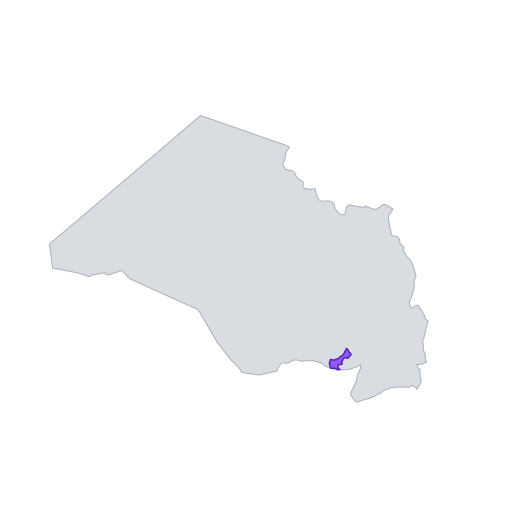 Mayo-Lemié, Mayo-Kebbi Est, Chad shown in context, rotated 290°
{"feature_id": "50815135B13713715101650", "entity_name": "Mayo-Lemié", "entity_type": "district", "adm_level": 2, "iso_a3": "TCD", "parent_name": "Chad", "parent_adm1": "Mayo-Kebbi Est", "projection": "robinson", "projection_center": [15.282, 10.859], "detail": "fine", "context": "in_parent", "style": "filled", "palette": "violet", "viewbox_px": 512, "rotation_deg": 290, "n_neighbors": 0, "source": "geoboundaries", "source_scale": "gbopen_adm2", "svg_char_len": 4888}
<svg xmlns="http://www.w3.org/2000/svg" viewBox="0 0 512 512"><g transform="rotate(290 256 256)"><path d="M369.0,155.8L369.2,166.9L369.3,178.0L369.5,189.0L369.6,200.1L369.8,211.2L369.9,222.2L370.0,233.3L370.2,244.4L370.2,248.1L370.0,249.5L369.8,249.7L369.4,250.0L364.3,248.9L362.0,248.9L358.9,249.7L354.2,250.1L351.2,250.0L349.1,251.9L347.5,254.2L348.4,259.7L348.2,261.5L347.6,263.4L346.2,265.0L344.8,266.3L344.0,267.5L342.9,269.9L342.2,271.1L342.3,272.7L342.0,274.3L341.2,275.2L339.0,275.8L337.6,276.5L336.5,277.7L335.8,278.6L336.2,279.7L336.7,281.3L337.1,283.7L337.3,285.2L338.4,286.4L339.0,287.2L339.2,288.2L338.6,289.1L336.0,290.9L334.9,291.5L333.7,292.4L333.3,292.8L331.3,294.5L330.4,296.0L329.9,297.2L329.9,298.9L330.9,301.5L332.0,303.7L332.5,305.4L332.7,307.2L332.6,308.9L332.1,310.4L331.1,311.7L327.5,314.3L325.7,317.0L324.3,320.4L324.0,322.3L324.4,323.5L325.1,324.5L326.2,325.0L327.8,325.2L330.4,324.6L332.8,324.3L335.4,325.5L336.8,328.3L336.3,330.4L337.3,334.1L338.2,338.7L338.2,340.2L338.5,340.8L340.2,341.1L340.5,342.1L340.1,350.1L340.8,352.3L341.9,353.9L343.2,354.7L344.4,355.8L345.0,356.5L346.5,356.7L348.1,358.1L348.5,360.1L348.4,361.9L347.5,366.0L346.8,368.7L345.9,368.5L344.0,367.8L341.6,367.3L338.8,366.8L336.1,367.9L333.2,369.3L332.3,370.4L331.5,371.0L330.2,370.9L329.0,371.1L328.4,372.1L327.3,373.2L323.1,375.6L322.2,376.4L321.7,377.2L321.7,378.2L322.2,380.1L322.2,382.4L321.2,384.3L320.2,385.6L318.9,386.1L317.9,386.4L317.2,387.1L315.0,391.5L314.1,392.3L312.1,392.1L306.6,398.6L306.1,400.5L304.0,403.2L301.5,406.3L299.2,407.7L299.0,408.3L298.4,408.8L297.0,409.5L292.1,413.2L286.2,413.0L283.6,414.5L281.1,415.1L277.4,415.8L276.3,415.7L271.5,416.0L266.0,415.9L263.8,416.4L261.8,417.8L260.4,419.1L260.1,419.5L260.4,420.0L260.3,420.4L264.2,423.4L265.2,424.9L264.2,426.3L263.7,426.5L263.1,427.7L260.8,431.1L257.3,435.1L255.5,436.2L254.8,437.0L253.9,439.6L253.3,440.0L250.9,440.3L246.2,440.6L239.7,441.5L235.8,441.8L233.3,441.6L229.9,443.4L228.7,443.9L227.9,444.0L224.5,445.8L221.7,448.5L220.7,449.1L216.8,450.2L215.2,452.1L214.4,452.3L211.9,449.8L210.2,447.5L209.3,445.2L209.2,444.5L208.7,444.6L207.3,445.6L206.1,446.8L205.6,449.0L201.5,450.5L198.0,451.8L196.4,453.4L193.9,454.2L190.8,453.8L188.3,453.2L185.9,453.0L187.1,451.0L187.5,449.5L187.6,447.6L187.5,446.4L186.0,445.8L185.1,444.8L183.1,439.1L181.0,433.1L178.0,427.3L174.7,423.6L172.4,421.3L171.7,421.0L170.5,420.3L169.6,419.7L165.3,415.7L160.9,411.3L159.7,409.3L157.5,406.2L155.0,403.1L153.7,401.7L153.1,399.2L154.8,396.9L156.7,393.9L158.9,392.0L161.9,391.9L166.7,392.7L171.9,393.0L177.0,392.4L178.3,391.9L179.7,392.0L182.4,392.6L187.3,392.5L189.7,391.3L187.1,389.3L184.2,386.1L181.5,382.6L179.8,379.5L178.3,375.4L177.0,370.4L176.1,363.9L176.2,360.2L176.7,357.5L178.1,353.3L177.2,350.7L177.4,348.7L177.2,345.7L176.8,344.2L174.9,339.2L174.5,338.6L172.9,335.2L172.1,329.4L170.3,325.6L167.3,323.8L165.6,321.5L164.9,317.6L163.8,316.5L159.0,315.1L155.1,315.1L152.3,310.6L148.6,304.9L145.2,299.6L143.0,288.9L141.8,282.8L143.2,280.9L146.0,276.6L149.6,268.3L157.7,255.4L161.8,248.8L170.0,239.0L180.1,226.9L185.8,220.1L186.7,207.6L187.6,194.5L188.4,184.6L189.3,172.8L190.0,163.0L190.6,155.9L191.4,145.7L192.0,143.8L196.0,135.8L196.3,134.7L195.5,133.4L189.9,126.6L188.2,125.1L187.2,121.6L188.6,119.7L181.9,108.3L180.2,106.9L179.5,105.5L179.4,103.5L179.3,95.6L177.5,83.3L175.1,69.0L183.0,64.9L189.0,61.8L196.6,57.8L203.7,61.9L214.0,67.8L224.3,73.6L234.5,79.5L244.8,85.4L255.1,91.2L265.4,97.1L275.8,103.0L286.1,108.9L296.4,114.7L306.8,120.6L317.1,126.5L327.5,132.3L337.9,138.2L348.3,144.1L358.7,150.0L369.0,155.8Z" fill="#d9dde1" stroke="#a8b0b8" stroke-width="1"/><path d="M184.1,361.4L180.5,361.5L177.2,363.7L176.2,364.4L176.2,364.5L176.4,364.6L176.4,364.8L176.3,365.0L176.4,365.3L176.5,365.3L176.6,365.6L176.6,365.8L176.6,366.0L176.5,366.3L176.6,366.5L176.5,366.8L176.7,367.0L176.8,367.2L176.8,367.5L177.1,367.7L177.2,367.9L177.3,368.0L177.3,368.3L177.3,368.8L177.4,369.0L177.5,369.3L177.5,369.7L177.5,370.0L177.4,370.2L177.2,370.3L177.1,370.5L176.9,370.9L176.9,371.4L177.0,371.5L177.1,371.8L177.2,372.0L177.3,372.2L177.3,372.4L177.5,372.5L177.6,373.0L177.8,373.2L177.8,373.3L178.0,373.5L178.4,372.8L178.8,371.8L179.4,371.0L180.4,370.7L181.2,370.5L182.1,370.9L182.4,371.9L183.1,372.8L183.6,373.6L184.4,373.9L185.0,372.9L185.5,372.5L186.4,373.0L187.2,373.1L188.0,373.1L188.8,373.1L189.8,373.3L190.5,373.9L190.8,374.7L191.1,375.9L191.3,377.3L192.3,377.8L193.4,377.9L194.1,378.4L194.8,378.9L195.6,378.9L196.5,378.7L196.9,378.0L197.3,376.8L197.9,375.9L198.7,375.1L199.5,374.1L200.0,372.7L199.8,372.5L198.3,372.8L197.2,372.2L195.8,372.2L195.2,372.2L194.5,371.9L193.8,371.8L191.7,371.0L190.8,370.1L190.7,370.1L190.4,369.8L190.1,369.7L189.6,369.2L188.8,369.1L187.3,368.2L187.2,367.6L187.1,367.3L186.5,366.5L185.8,366.1L185.0,365.2L184.6,363.9L184.4,362.2L184.1,361.4Z" fill="#8b5cf6" stroke="#5b21b6" stroke-width="1.5"/></g></svg>